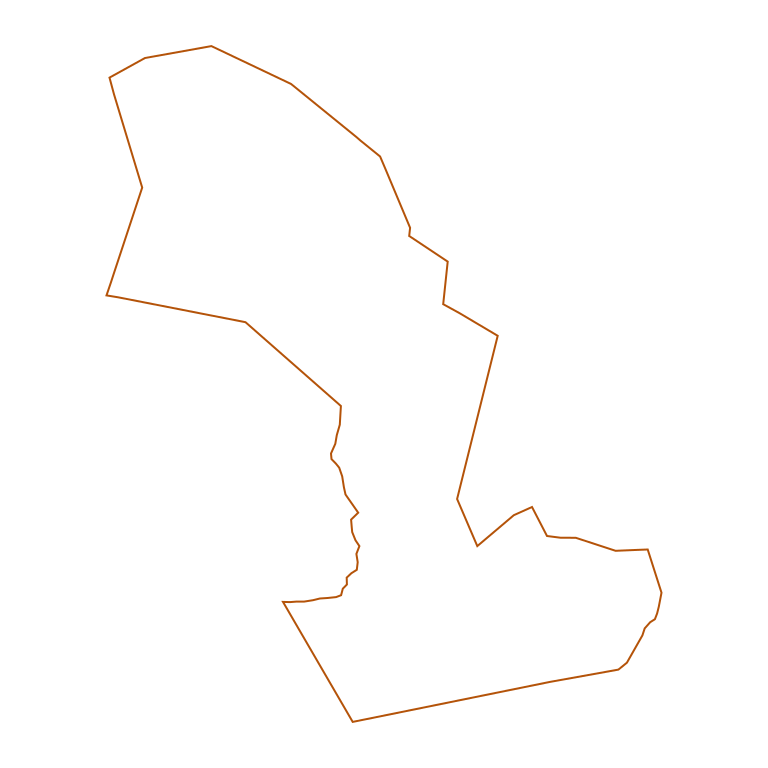 Santa Cruz do Piauí, Piauí, Brazil
{"feature_id": "56859067B17419756399770", "entity_name": "Santa Cruz do Piauí", "entity_type": "district", "adm_level": 2, "iso_a3": "BRA", "parent_name": "Brazil", "parent_adm1": "Piauí", "projection": "mercator", "projection_center": [-41.758, -7.235], "detail": "fine", "context": "isolated", "style": "outline", "palette": "amber", "viewbox_px": 768, "rotation_deg": 0, "n_neighbors": 0, "source": "geoboundaries", "source_scale": "gbopen_adm2", "svg_char_len": 1034}
<svg xmlns="http://www.w3.org/2000/svg" viewBox="0 0 768 768"><path d="M532.0,507.0L513.8,515.2L477.3,546.1L457.1,499.0L497.7,335.8L459.6,313.2L443.2,304.2L447.7,261.6L409.2,236.0L410.1,227.8L385.1,168.2L380.1,156.5L360.5,140.6L356.6,137.2L291.1,84.0L211.4,46.1L145.0,58.0L109.5,77.6L114.0,94.3L142.2,187.6L113.7,273.9L110.9,282.5L106.5,295.4L118.1,297.3L245.5,322.2L340.9,406.0L339.8,424.7L336.8,435.1L335.3,443.8L331.0,453.5L331.5,459.1L335.8,463.5L339.2,467.7L342.2,476.4L343.9,487.2L345.5,494.5L358.2,512.7L351.1,519.6L351.7,526.8L352.2,532.1L355.5,540.3L359.4,546.1L356.4,553.9L357.7,562.2L356.8,569.8L351.4,573.2L346.7,577.6L346.9,584.5L342.8,588.7L341.1,595.2L336.1,597.1L327.5,598.0L319.9,598.5L313.0,600.2L304.1,601.6L296.4,601.6L290.0,602.1L283.0,601.9L352.7,721.9L550.0,681.9L618.4,669.6L626.9,662.7L642.4,635.4L644.7,628.4L650.2,622.2L654.9,619.2L657.1,613.5L658.8,606.7L661.5,592.7L647.7,549.5L637.2,549.9L615.6,550.8L575.8,537.8L560.3,537.7L547.0,536.0L532.0,507.0Z" fill="none" stroke="#b45309" stroke-width="2"/></svg>